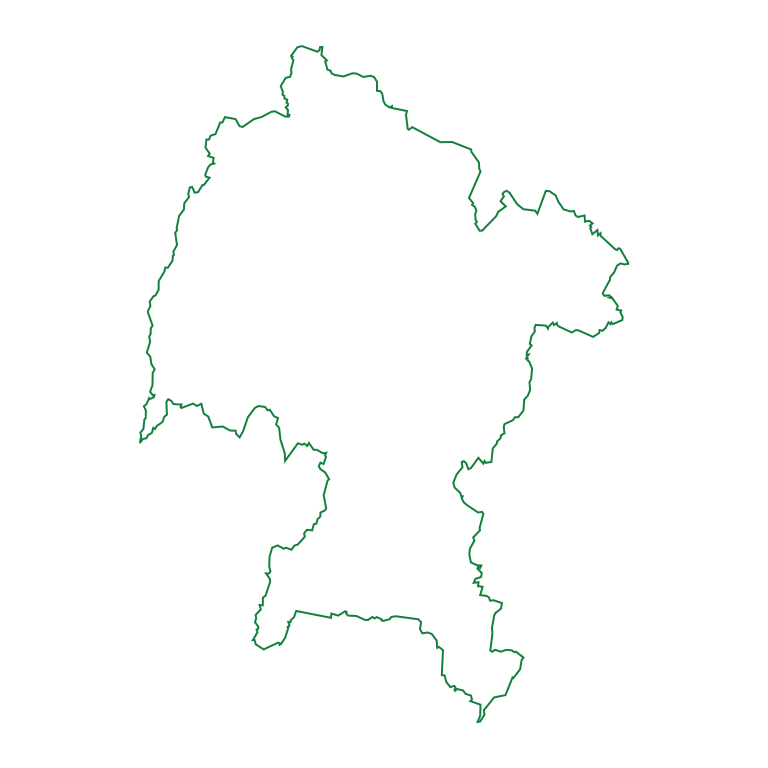 the district of Tepetongo, Zacatecas, Mexico
{"feature_id": "50627088B99446840906957", "entity_name": "Tepetongo", "entity_type": "district", "adm_level": 2, "iso_a3": "MEX", "parent_name": "Mexico", "parent_adm1": "Zacatecas", "projection": "equal_earth", "projection_center": [-103.135, 22.423], "detail": "fine", "context": "isolated", "style": "outline", "palette": "green", "viewbox_px": 768, "rotation_deg": 0, "n_neighbors": 0, "source": "geoboundaries", "source_scale": "gbopen_adm2", "svg_char_len": 6090}
<svg xmlns="http://www.w3.org/2000/svg" viewBox="0 0 768 768"><path d="M446.3,682.0L450.3,687.1L454.2,685.9L455.4,687.3L454.5,690.1L455.4,690.8L456.5,688.9L463.0,690.4L465.6,693.8L471.0,695.6L471.9,699.5L470.3,701.1L480.5,704.7L480.2,715.7L477.6,721.9L480.1,721.6L484.4,714.8L484.0,710.0L494.2,697.4L505.5,695.1L512.5,677.5L513.3,678.1L520.1,669.3L521.6,660.2L523.5,657.5L515.9,651.7L514.3,652.2L511.7,650.3L505.9,649.9L501.0,651.7L495.0,649.8L492.2,651.8L490.3,650.5L492.4,633.9L492.0,627.8L494.1,615.8L495.4,613.1L501.0,608.6L501.9,603.0L493.3,600.2L490.1,600.7L488.9,597.4L486.6,595.9L480.2,595.1L482.6,586.8L478.0,586.2L478.5,582.2L473.7,582.8L475.4,578.9L481.1,577.0L481.8,572.9L477.4,568.7L478.0,567.1L480.1,568.2L481.3,565.5L477.1,565.3L470.9,562.4L469.3,554.5L469.9,548.7L474.4,540.7L473.2,537.4L480.0,530.4L479.6,527.9L483.4,513.8L482.0,511.9L478.1,512.5L466.7,504.9L463.7,502.2L461.8,498.6L462.6,496.4L461.3,496.5L460.3,493.0L454.6,487.5L453.3,482.9L456.6,474.4L462.5,467.3L461.7,462.1L463.8,461.1L466.0,463.0L468.3,469.2L471.0,468.0L478.4,457.8L483.3,463.6L484.5,461.0L485.7,462.8L491.4,462.0L492.8,448.5L496.9,443.5L497.0,441.5L500.3,438.5L501.2,435.2L504.4,433.4L503.8,426.8L504.5,424.1L512.7,420.3L515.1,417.2L518.3,417.2L523.5,410.4L524.2,399.6L527.8,395.7L530.1,389.9L529.5,382.2L531.1,379.3L532.1,368.6L529.3,361.8L527.3,360.0L527.7,358.7L526.1,358.5L528.6,354.5L526.8,355.0L526.8,352.0L531.6,345.4L529.8,343.9L530.2,341.9L531.4,336.4L534.9,331.3L534.4,328.5L535.6,324.9L545.8,325.6L548.0,328.6L548.4,326.8L552.8,322.6L554.0,325.0L556.9,323.1L556.9,324.7L558.7,326.4L571.8,332.5L575.6,330.2L578.4,330.3L593.0,336.9L599.1,333.1L599.5,330.1L602.5,330.8L605.7,327.9L608.5,322.3L610.5,324.2L611.4,322.4L612.9,324.1L622.3,320.0L622.7,317.2L620.4,312.3L621.2,310.5L616.6,309.6L617.8,305.9L612.5,298.5L609.6,297.6L611.3,297.1L609.1,295.3L604.4,295.8L602.9,294.1L603.1,292.3L610.0,279.7L610.2,277.0L614.2,272.3L617.0,265.7L620.6,263.4L624.3,264.4L628.2,263.9L628.2,262.8L620.2,248.8L618.5,248.3L617.1,250.0L615.1,249.2L600.7,235.9L600.5,233.2L598.0,235.4L597.4,230.1L592.4,234.2L590.2,228.3L591.3,227.1L589.9,225.6L592.6,223.4L588.9,220.7L585.0,221.7L584.6,215.5L577.9,217.0L575.5,215.4L573.9,211.0L570.8,211.5L563.6,209.4L558.4,201.8L555.6,195.3L549.3,191.1L545.8,190.9L537.4,213.8L535.2,210.7L523.3,209.2L517.1,204.1L509.5,192.7L506.7,190.9L504.4,191.7L502.5,193.9L503.9,196.5L500.5,201.2L505.8,206.4L498.2,211.8L496.1,216.3L482.2,230.6L479.6,230.7L475.3,223.7L476.9,221.9L475.6,219.9L475.2,213.9L476.4,210.7L474.6,206.4L472.1,205.1L473.1,203.0L469.0,198.0L480.5,171.5L479.3,168.9L478.9,162.5L471.5,152.0L471.1,149.5L452.1,142.0L440.4,142.2L412.3,127.2L408.8,129.7L407.7,128.8L406.0,114.8L407.0,111.0L391.7,108.0L391.9,106.2L389.5,107.4L385.3,104.6L383.5,101.2L382.2,93.6L380.4,91.2L377.0,90.8L377.0,81.7L374.1,77.1L370.7,75.8L363.0,76.9L356.7,73.6L352.3,73.3L343.5,76.5L334.5,74.9L331.6,73.4L330.6,70.8L327.5,69.7L325.2,61.4L326.9,60.4L321.4,55.1L322.4,47.0L320.0,47.2L319.5,50.2L317.3,51.7L302.0,46.1L297.3,47.3L291.1,55.9L292.5,56.6L291.8,57.8L293.4,60.1L291.0,69.6L291.6,72.7L290.0,76.9L285.7,77.9L280.7,86.2L282.8,91.4L282.6,94.9L284.4,96.0L284.5,98.6L287.2,99.7L286.6,102.7L287.9,103.4L287.9,105.5L285.7,107.3L288.0,110.1L287.6,114.8L289.4,114.8L289.0,116.6L285.2,116.6L275.0,111.3L271.5,111.7L261.6,117.0L254.0,119.1L242.7,126.9L239.6,126.2L235.5,119.1L225.0,117.1L222.4,122.5L220.2,122.5L215.5,134.1L210.6,135.7L209.0,139.5L206.4,139.6L205.5,147.5L209.7,153.7L208.1,156.0L213.6,157.9L212.9,162.2L214.2,163.5L210.6,164.5L208.2,167.1L205.2,174.8L205.8,176.6L209.6,177.7L203.7,185.1L202.4,185.1L198.1,192.1L194.7,192.7L192.1,186.9L189.8,187.5L188.2,194.1L189.1,197.1L184.3,203.1L183.9,209.6L179.1,216.0L176.6,228.4L177.2,230.1L175.2,232.7L177.0,245.0L173.3,251.8L174.0,255.0L172.9,255.7L172.5,260.7L167.8,267.8L165.4,267.5L164.3,271.7L158.7,281.1L158.6,289.9L155.4,295.5L153.4,296.3L149.7,301.6L150.4,306.1L148.0,310.8L148.2,313.2L152.6,325.7L150.8,328.3L150.6,334.3L149.2,336.3L150.1,342.0L146.8,352.6L150.3,356.7L151.4,364.1L154.7,369.4L152.7,373.0L152.5,385.2L150.1,391.8L152.8,395.2L154.4,394.9L153.9,397.2L149.8,399.1L149.1,398.2L146.4,404.3L143.9,406.3L145.9,410.6L145.7,418.0L144.4,419.6L143.4,428.9L140.4,432.6L141.2,436.1L139.8,443.0L143.0,438.9L146.4,438.3L148.2,434.9L151.8,433.0L153.3,427.8L154.9,429.0L156.9,425.9L162.5,422.0L164.3,416.8L166.9,414.6L166.4,402.0L168.2,399.2L171.2,400.8L173.6,404.1L181.6,404.6L180.5,407.2L181.3,408.0L193.1,403.6L196.9,406.0L201.3,403.8L203.8,413.7L208.3,416.6L212.2,427.4L222.8,426.5L229.9,430.5L235.6,430.7L236.1,433.8L239.6,437.5L243.1,431.2L247.9,417.2L254.9,407.9L258.7,406.0L265.1,407.0L267.7,410.4L269.8,409.7L274.1,416.3L278.0,418.0L276.1,424.5L279.1,427.7L280.5,439.8L284.8,453.3L285.1,460.9L297.9,443.3L302.2,444.7L304.5,443.7L307.2,446.0L308.9,443.0L313.6,449.7L317.1,449.9L323.1,453.4L326.2,452.8L325.1,455.3L326.0,457.0L323.6,464.0L320.4,462.7L318.8,466.1L320.2,468.9L325.3,472.6L329.1,479.2L327.5,480.8L323.7,495.2L326.2,508.4L324.7,510.6L320.5,512.5L320.3,516.6L317.5,519.3L316.3,523.7L313.9,524.1L312.1,530.4L307.0,529.8L304.1,533.3L304.8,536.6L304.0,537.7L297.7,544.6L294.5,545.5L291.4,549.8L286.2,547.7L283.6,548.7L277.7,545.4L272.1,547.8L269.6,556.6L269.2,566.3L270.4,571.4L269.1,573.4L266.0,573.4L269.7,578.6L270.2,581.6L265.6,595.6L262.9,597.7L262.8,605.3L259.6,605.0L260.8,609.5L255.6,614.9L256.2,618.1L255.0,622.2L258.3,626.6L258.3,628.6L256.6,629.5L257.5,632.3L252.8,640.1L254.5,639.9L255.8,644.4L263.7,649.4L278.2,642.6L279.8,643.4L279.7,644.8L280.7,644.3L285.1,637.9L288.4,627.5L287.7,627.0L289.5,625.6L288.3,622.0L290.5,622.2L290.7,620.4L294.1,617.0L296.2,611.0L331.0,617.8L331.4,613.6L338.2,615.6L345.2,611.2L346.7,612.1L346.1,613.5L348.1,615.6L356.4,616.0L365.0,619.9L368.0,620.0L372.5,616.9L374.4,618.4L376.8,617.1L381.6,619.3L381.7,620.6L384.2,620.7L390.0,619.0L391.2,616.9L396.4,616.3L418.4,619.3L421.1,622.3L420.0,629.1L422.3,633.3L427.7,632.5L431.8,634.0L436.6,640.5L437.2,647.8L439.0,646.9L443.0,650.2L441.8,675.2L444.5,675.3L446.3,682.0Z" fill="none" stroke="#15803d" stroke-width="2"/></svg>